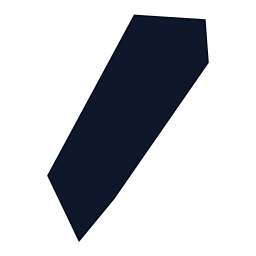 outline of El Arish 3, Shamal Sina', Egypt
{"feature_id": "37247803B18293726613988", "entity_name": "El Arish 3", "entity_type": "district", "adm_level": 2, "iso_a3": "EGY", "parent_name": "Egypt", "parent_adm1": "Shamal Sina'", "projection": "albers", "projection_center": [33.79, 31.001], "detail": "fine", "context": "isolated", "style": "filled", "palette": "ink", "viewbox_px": 256, "rotation_deg": 0, "n_neighbors": 0, "source": "geoboundaries", "source_scale": "gbopen_adm2", "svg_char_len": 220}
<svg xmlns="http://www.w3.org/2000/svg" viewBox="0 0 256 256"><path d="M134.4,15.4L92.3,93.4L48.0,175.6L79.1,240.6L113.6,198.8L208.0,62.5L204.9,20.0L134.4,15.4Z" fill="#0f172a" stroke="#020617" stroke-width="1.5"/></svg>